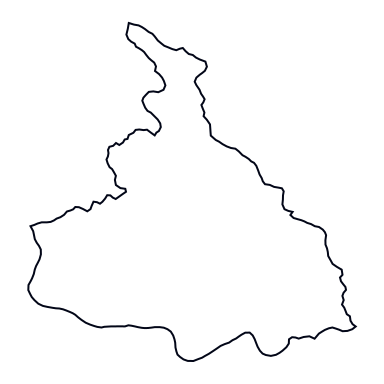 São João Batista do Glória, Minas Gerais, Brazil (orthographic projection)
{"feature_id": "56859067B336283598194", "entity_name": "São João Batista do Glória", "entity_type": "district", "adm_level": 2, "iso_a3": "BRA", "parent_name": "Brazil", "parent_adm1": "Minas Gerais", "projection": "orthographic", "projection_center": [-46.443, -20.535], "detail": "fine", "context": "isolated", "style": "outline", "palette": "ink", "viewbox_px": 384, "rotation_deg": 0, "n_neighbors": 0, "source": "geoboundaries", "source_scale": "gbopen_adm2", "svg_char_len": 3828}
<svg xmlns="http://www.w3.org/2000/svg" viewBox="0 0 384 384"><path d="M270.9,355.9L276.0,354.8L279.6,352.8L282.5,350.7L286.4,347.2L288.8,343.6L289.0,339.3L292.1,337.2L295.5,337.5L298.7,338.6L303.6,337.0L309.4,336.3L314.6,338.7L316.9,336.0L318.9,333.6L321.9,331.7L324.9,329.9L328.8,328.3L332.4,327.5L335.6,328.5L339.1,329.7L342.6,331.2L347.5,330.9L352.3,329.2L355.7,326.5L352.6,324.2L350.5,320.7L349.9,316.3L346.8,314.2L345.5,310.8L344.2,307.6L342.0,304.6L343.7,300.1L342.4,295.9L343.6,292.7L346.0,289.9L345.4,286.9L343.2,284.2L341.0,281.3L340.0,277.5L342.5,274.8L341.7,269.7L336.8,266.8L332.6,263.9L330.4,259.9L328.2,256.0L327.8,252.0L327.0,248.3L325.5,244.6L325.4,240.3L326.1,235.2L324.9,232.2L322.8,229.6L319.0,227.0L314.8,226.2L311.1,224.1L307.2,222.9L304.4,221.4L301.3,220.2L297.7,219.2L293.6,218.0L290.4,215.0L292.6,211.9L288.3,210.9L284.5,209.2L282.4,204.4L282.9,199.5L283.0,195.4L283.7,191.3L281.9,188.3L278.3,187.6L274.1,186.9L269.8,184.9L265.0,184.2L262.8,181.3L261.7,178.1L259.6,174.5L258.1,170.3L256.3,165.8L254.0,162.8L251.2,161.4L248.8,159.0L245.5,156.8L242.5,155.2L238.8,151.4L235.4,148.7L231.0,148.0L226.7,146.4L222.5,144.1L219.1,141.7L215.8,140.0L213.4,137.9L210.8,135.6L210.5,131.8L210.3,128.6L210.0,124.4L206.8,119.7L203.6,116.2L204.4,112.5L202.8,108.7L201.4,105.0L203.3,102.4L204.6,99.2L203.0,96.5L201.1,93.8L199.5,89.7L196.4,85.2L194.7,81.7L196.4,77.6L199.8,74.7L202.2,73.0L204.9,70.8L206.9,66.7L205.4,61.6L199.8,59.5L196.0,57.6L192.8,55.0L188.8,54.0L185.6,51.2L182.8,48.0L179.9,48.7L176.3,50.2L172.4,49.1L168.1,47.3L164.3,45.8L161.4,43.5L157.8,40.5L154.6,36.3L152.4,33.8L148.6,31.9L144.9,29.0L141.8,27.0L138.6,25.4L134.0,24.6L128.8,23.0L127.8,28.8L126.4,34.6L128.3,39.1L131.2,41.7L134.7,43.6L136.0,46.7L138.8,48.2L141.8,50.1L144.1,52.0L146.3,55.0L148.8,58.1L151.3,60.3L154.2,62.6L156.0,66.4L155.0,71.0L159.1,74.1L162.1,77.6L163.9,81.0L165.4,85.4L163.5,89.8L158.3,92.2L153.3,91.4L148.8,91.9L145.6,95.2L143.4,97.7L142.3,100.7L143.6,104.0L145.2,107.7L147.5,110.9L150.8,112.6L154.4,116.2L157.7,119.5L160.2,123.4L160.8,127.1L158.9,131.0L156.4,132.6L154.7,135.4L151.1,132.8L147.0,129.7L143.6,130.1L139.3,129.5L135.6,129.9L133.4,132.8L128.8,135.0L127.5,138.9L124.7,139.5L123.0,142.5L119.3,145.0L116.0,143.0L113.2,145.8L109.4,146.8L108.0,150.0L108.5,153.2L107.9,156.5L106.5,159.5L107.7,163.4L109.6,167.2L112.1,169.1L113.8,172.0L115.9,175.8L114.9,179.9L115.9,185.0L120.4,188.1L125.3,188.8L126.0,191.8L122.9,193.9L119.1,196.6L115.7,199.0L112.8,197.6L110.4,195.4L107.2,195.2L105.1,198.6L102.4,201.8L100.0,203.7L97.0,202.2L93.5,201.7L91.6,206.0L90.5,209.1L87.3,211.3L83.0,209.0L78.9,207.2L75.3,207.0L73.2,209.3L70.4,210.5L66.9,211.5L64.1,214.8L60.4,217.2L56.6,218.6L54.0,220.4L50.7,221.9L47.2,222.3L41.8,222.3L37.6,223.5L34.4,224.9L30.5,226.2L33.2,231.2L34.0,235.1L34.8,239.1L36.7,242.7L39.0,245.9L40.8,249.5L40.9,254.4L39.5,259.4L37.7,263.0L36.1,266.0L34.8,269.5L33.8,274.0L32.1,278.3L30.7,281.1L28.5,285.0L28.3,290.1L30.1,293.9L31.8,297.1L34.4,300.1L38.3,303.7L42.9,305.9L47.4,306.9L52.5,307.8L55.9,308.3L59.3,308.5L63.0,309.3L66.3,310.5L70.0,312.0L72.7,313.2L75.3,314.8L78.1,317.3L81.5,319.9L85.7,322.7L90.1,324.6L94.2,326.0L97.3,326.9L101.5,327.5L104.3,326.8L111.1,326.4L114.9,326.4L119.3,326.3L125.0,326.4L128.4,325.3L131.4,325.7L134.8,326.4L137.8,327.1L141.6,327.8L144.8,328.1L148.1,328.0L151.6,327.6L155.0,327.1L159.5,327.1L163.8,327.7L167.5,329.2L170.8,331.6L173.2,335.5L174.5,339.4L175.2,342.7L175.5,347.6L176.4,351.4L177.5,354.6L180.1,357.0L183.5,359.4L187.7,360.9L193.4,361.0L198.5,359.0L202.1,357.7L204.9,356.0L208.9,353.8L213.3,350.9L217.3,348.2L220.6,345.9L224.7,344.1L229.1,342.6L232.5,340.2L236.1,338.5L238.7,336.6L241.5,334.7L245.2,332.7L249.7,332.6L252.7,335.4L254.7,339.2L256.1,342.9L257.6,346.7L259.9,350.7L262.6,353.6L265.8,355.0L270.9,355.9Z" fill="none" stroke="#020617" stroke-width="2"/></svg>